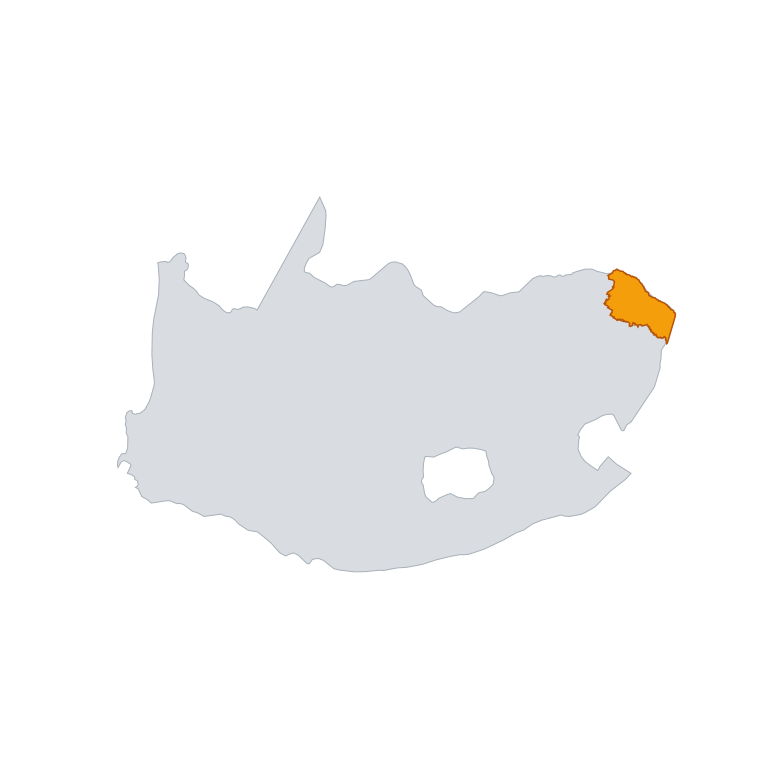 Vhembe, Limpopo, South Africa (highlighted), rotated 33°
{"feature_id": "47623444B95982048670815", "entity_name": "Vhembe", "entity_type": "district", "adm_level": 2, "iso_a3": "ZAF", "parent_name": "South Africa", "parent_adm1": "Limpopo", "projection": "albers", "projection_center": [30.242, -22.781], "detail": "fine", "context": "in_parent", "style": "filled", "palette": "amber", "viewbox_px": 768, "rotation_deg": 33, "n_neighbors": 0, "source": "geoboundaries", "source_scale": "gbopen_adm2", "svg_char_len": 9317}
<svg xmlns="http://www.w3.org/2000/svg" viewBox="0 0 768 768"><g transform="rotate(33 384 384)"><path d="M520.2,160.6L537.6,158.2L545.4,159.5L554.8,163.2L563.6,164.6L578.4,163.3L583.6,163.9L587.6,165.2L590.5,167.3L594.7,182.2L598.2,198.2L598.1,203.4L598.6,205.4L602.7,212.2L604.3,216.4L606.7,219.9L611.8,237.0L612.4,240.0L611.9,281.2L609.8,286.2L610.6,292.7L608.2,293.5L593.8,285.1L591.2,285.4L587.1,288.4L583.3,293.2L581.6,297.3L574.2,308.4L573.7,315.5L574.3,321.5L576.7,321.7L578.4,326.1L582.3,333.0L588.9,337.5L595.0,339.5L603.6,340.1L610.4,340.1L610.0,335.4L611.7,322.9L623.0,324.6L639.8,324.4L638.5,332.5L632.1,350.9L628.0,371.7L622.9,382.0L620.0,386.3L611.9,393.9L607.6,396.4L604.1,397.2L590.3,412.5L585.1,419.9L580.5,430.7L576.0,436.6L569.4,449.3L557.9,468.0L548.2,480.2L543.9,483.8L541.1,485.4L533.4,492.6L522.7,504.0L514.6,514.2L502.4,525.8L495.4,530.9L484.9,540.9L482.0,542.4L470.2,551.8L461.7,557.5L448.0,564.3L442.6,566.2L429.4,564.9L423.9,566.0L419.5,570.0L419.2,575.6L417.3,576.5L405.2,574.3L400.2,574.9L397.4,578.0L395.2,581.8L388.3,582.3L375.9,578.9L361.3,577.1L358.0,577.0L351.1,580.2L348.7,580.7L338.5,580.6L332.7,579.1L327.3,579.3L323.2,581.1L318.2,581.9L305.2,593.1L298.2,593.5L292.3,595.1L281.5,594.3L278.3,595.2L275.3,597.2L268.1,598.5L265.3,600.2L253.7,610.6L248.6,609.9L242.2,610.3L234.7,605.7L231.9,606.2L232.6,604.7L232.6,602.0L229.8,599.4L227.0,599.8L225.3,597.6L221.0,597.7L217.4,598.7L216.1,589.9L214.3,589.2L210.0,589.3L207.9,589.8L206.9,590.7L206.0,592.8L206.4,598.9L204.8,597.3L202.8,593.8L201.9,589.9L202.1,585.2L205.3,583.2L203.9,577.4L197.9,567.6L194.6,565.7L191.7,560.7L189.1,559.0L187.8,555.4L185.2,552.7L183.9,548.1L185.1,545.3L187.0,543.7L189.4,545.8L191.9,544.7L195.5,541.1L197.3,535.8L196.8,527.6L195.8,522.6L191.7,509.7L190.0,506.8L182.4,497.9L173.4,485.9L161.6,466.9L155.7,455.3L146.2,431.7L138.5,418.6L129.3,406.5L128.2,405.7L129.3,404.1L133.3,400.7L135.2,399.7L136.3,400.0L137.2,399.1L138.0,397.0L138.3,392.4L139.9,387.4L141.5,385.2L145.2,383.5L148.3,385.1L149.7,386.7L150.4,389.0L151.7,390.0L153.8,389.7L155.4,391.0L156.5,393.9L156.5,396.0L155.4,397.4L155.7,399.1L157.4,401.2L159.4,405.7L167.4,407.5L171.8,407.5L176.1,408.3L180.2,410.1L186.7,410.1L195.6,408.3L203.0,408.2L208.9,409.8L213.1,409.9L215.6,408.4L216.6,406.4L216.1,404.0L217.3,402.3L220.2,401.5L222.4,399.4L223.9,396.3L227.8,393.5L234.1,391.2L237.3,391.0L228.3,262.2L240.6,270.3L243.6,274.2L250.1,285.9L256.8,300.4L258.2,307.6L258.1,309.2L252.8,319.3L252.9,324.1L253.9,329.8L255.5,332.5L257.3,333.3L261.3,331.6L267.7,332.7L279.7,331.3L285.8,331.7L287.3,331.2L288.6,329.9L290.0,326.4L291.3,325.2L296.8,323.4L299.2,321.3L302.9,314.4L314.4,304.8L315.6,302.5L322.1,280.6L324.3,277.4L327.6,275.2L334.1,273.3L338.1,274.0L342.4,275.6L347.3,278.6L354.6,284.1L357.1,284.9L364.2,284.9L368.7,288.5L382.1,290.7L385.9,290.4L389.9,288.1L396.7,288.0L404.0,286.3L408.3,282.3L416.2,258.5L417.0,253.2L417.9,251.8L424.8,248.9L433.3,246.7L435.0,245.5L440.2,238.8L447.0,233.2L451.5,214.2L454.6,209.7L456.5,207.7L457.8,207.7L459.5,206.5L461.8,204.1L464.6,202.6L467.8,202.0L469.8,200.4L470.7,197.9L472.4,196.6L474.7,196.7L476.1,195.8L476.4,194.1L481.6,190.0L481.7,188.3L484.6,184.3L490.4,177.9L496.0,174.3L501.2,173.5L510.8,170.1L514.3,167.1L516.4,163.0L520.2,160.6ZM507.1,438.9L515.2,435.6L521.3,431.4L522.6,423.8L527.2,419.1L528.9,414.7L530.1,408.7L527.3,402.4L523.5,400.6L516.5,395.2L513.4,391.5L509.2,388.4L506.2,384.8L501.4,386.0L494.0,389.1L489.5,391.9L485.7,395.3L478.7,397.7L472.5,408.2L470.4,410.6L465.5,418.2L458.2,422.1L458.1,423.4L460.6,429.5L464.1,435.6L467.8,440.5L467.7,443.6L468.9,446.0L472.1,447.6L477.6,453.7L480.3,455.7L488.4,457.0L489.6,456.6L491.7,452.9L492.0,450.3L497.3,442.1L499.6,439.6L507.1,438.9Z" fill="#d9dde1" stroke="#a8b0b8" stroke-width="1"/><path d="M549.9,200.2L550.7,200.1L550.2,201.3L551.0,201.0L551.6,200.5L552.5,200.3L553.4,200.2L553.6,199.3L556.2,199.1L557.3,199.6L557.5,200.6L558.2,201.8L559.3,201.5L559.5,201.3L559.5,201.0L559.7,200.7L559.8,200.4L560.2,200.2L560.2,199.6L560.6,199.1L560.3,198.8L559.9,198.2L559.5,197.0L560.6,196.9L561.7,196.5L562.2,197.8L562.3,197.8L562.4,197.7L562.5,197.2L562.9,197.2L563.2,197.0L563.3,197.0L563.7,196.7L564.0,196.7L564.4,196.8L565.1,197.3L565.4,197.7L565.9,197.9L565.5,195.9L566.9,194.4L567.0,194.5L566.9,194.6L567.2,194.5L567.4,194.6L567.7,194.5L567.8,194.7L568.2,194.6L568.2,194.4L568.4,194.4L568.5,194.3L568.8,194.3L569.0,194.6L569.8,193.8L572.2,190.8L572.4,190.9L572.6,191.1L573.1,191.3L573.3,191.3L573.4,191.6L573.5,191.5L573.6,191.4L573.8,191.4L574.0,191.4L574.4,191.5L574.7,191.9L574.8,191.8L575.0,191.8L575.1,191.6L575.6,191.6L575.6,191.8L575.9,192.1L575.7,192.2L575.6,192.4L576.0,192.6L576.4,192.6L576.5,192.8L576.6,192.7L576.9,192.6L577.0,192.7L577.1,193.3L577.1,193.5L577.3,193.5L577.6,193.4L577.7,193.1L577.8,193.1L578.0,193.3L578.2,193.5L578.5,193.2L579.2,194.6L579.3,194.5L579.3,194.1L579.6,194.1L579.8,194.3L580.0,194.4L580.4,194.2L580.8,194.5L581.0,194.4L581.5,194.3L581.8,194.5L581.7,194.8L581.8,195.1L582.2,195.2L582.3,195.1L582.2,194.7L582.4,194.5L582.5,194.6L582.7,194.4L582.8,194.5L582.9,194.8L583.0,194.9L583.0,195.0L583.5,195.3L583.7,195.7L583.8,195.7L583.9,195.8L584.1,195.5L584.1,195.3L584.1,195.2L584.4,195.2L584.5,195.0L584.6,194.7L584.8,194.6L584.9,194.4L585.1,194.3L585.3,194.5L585.2,194.6L585.3,194.7L585.5,194.7L585.8,194.7L585.9,194.8L585.7,194.9L585.8,195.1L586.1,194.9L586.3,195.0L586.3,195.5L586.8,195.5L587.1,195.6L587.4,195.7L587.7,196.0L587.9,196.1L588.0,196.1L588.2,195.9L588.3,196.0L588.6,195.6L589.0,195.6L589.4,195.5L589.4,195.4L589.4,195.2L589.5,195.0L590.1,194.9L590.6,194.7L590.6,194.4L590.8,194.5L591.1,194.3L591.3,194.4L591.6,194.5L591.8,194.2L592.1,194.1L592.3,194.0L592.3,193.8L592.6,193.4L592.9,193.3L593.2,193.2L593.3,192.7L593.2,192.5L593.2,192.1L593.5,192.1L593.5,191.7L594.1,191.8L594.4,191.6L594.6,191.6L594.8,191.8L595.0,192.1L595.5,192.2L595.8,192.4L595.8,192.5L595.7,193.0L595.9,193.4L596.4,193.5L596.5,193.8L597.2,194.0L597.4,194.3L597.5,194.4L597.9,194.8L598.4,195.1L598.6,195.4L598.6,195.8L599.0,196.2L599.2,196.3L599.3,195.4L598.7,193.2L591.2,168.0L590.5,167.4L590.2,166.9L590.1,166.3L589.9,166.1L589.7,166.0L589.3,165.9L588.4,166.1L588.1,166.1L587.7,165.8L587.3,165.0L586.8,164.8L586.5,164.7L585.8,164.8L584.4,165.3L584.1,165.4L582.8,164.9L581.2,164.2L580.9,164.5L580.6,164.6L580.3,164.5L580.2,164.1L579.4,164.1L578.9,163.7L578.5,163.6L577.9,163.5L577.3,163.8L576.9,163.6L575.8,163.3L574.5,163.6L573.8,163.7L573.4,163.7L573.0,163.9L572.4,163.9L571.7,164.2L570.4,164.0L570.2,164.0L569.9,164.1L569.4,164.7L569.2,164.9L568.9,164.8L568.4,164.4L568.0,164.3L567.5,164.2L567.1,164.3L566.8,164.6L566.6,164.7L565.5,164.4L565.1,164.4L564.5,164.1L564.1,164.2L563.3,164.7L563.0,164.8L561.6,165.1L561.0,165.4L560.4,165.3L559.5,165.3L558.9,165.2L558.4,165.5L558.0,165.5L557.8,165.5L557.5,165.2L557.3,164.9L557.0,164.3L556.7,164.0L556.4,163.9L556.3,163.6L556.1,163.4L554.9,163.4L553.7,163.6L552.9,163.9L552.7,163.9L551.9,163.1L551.1,162.7L550.5,162.1L550.2,162.0L549.6,162.0L549.4,161.9L549.2,161.6L549.2,161.2L548.6,161.1L548.0,160.9L547.6,160.9L547.3,160.5L546.2,159.7L545.8,159.7L545.0,159.9L544.8,159.9L544.6,159.7L544.0,159.2L543.1,159.2L542.2,158.8L542.0,158.6L541.2,158.0L539.8,158.0L539.3,158.1L538.8,157.9L538.5,157.8L537.9,157.9L537.6,157.5L537.4,157.4L536.9,157.7L536.4,157.8L536.2,158.0L536.1,158.4L535.9,158.5L535.6,158.5L535.1,158.1L534.9,158.0L534.7,158.1L534.3,158.3L533.5,158.4L533.4,158.6L533.4,159.0L533.2,159.3L532.6,159.3L531.5,158.9L531.1,158.9L529.6,159.2L529.3,159.3L529.2,159.5L528.5,159.8L527.8,160.1L527.5,160.1L527.4,159.9L527.1,160.2L526.9,160.3L526.6,160.1L526.5,159.7L526.4,159.7L526.0,159.7L525.7,159.6L525.2,159.6L525.0,159.9L524.8,159.9L524.6,159.8L524.4,159.9L523.7,159.5L523.1,159.4L522.9,159.5L522.2,159.7L521.9,159.9L521.7,160.2L521.4,160.4L520.9,160.7L520.6,160.7L520.3,160.7L519.9,160.7L519.5,160.6L518.6,160.9L518.3,160.8L517.6,160.9L517.2,160.8L516.9,161.2L516.6,161.1L516.5,161.3L516.4,161.5L516.4,162.2L516.1,162.4L516.1,162.8L515.9,163.0L515.4,163.2L515.3,163.4L515.2,163.8L514.9,164.0L514.8,164.8L514.8,165.4L515.0,165.8L515.1,166.1L515.1,166.4L514.5,167.4L514.4,167.8L514.2,168.2L514.2,168.4L513.6,169.1L513.4,169.7L513.4,170.5L513.0,170.5L513.0,171.1L512.9,171.2L513.9,171.5L514.8,172.9L515.4,173.6L516.5,173.3L517.3,172.8L518.1,172.5L519.6,172.1L521.5,172.6L521.8,173.4L522.6,175.0L522.9,176.5L523.9,177.3L522.8,178.2L524.1,179.0L523.4,181.5L523.1,182.1L522.9,182.6L522.4,183.7L521.9,184.8L521.6,185.4L522.1,187.4L523.3,186.8L524.2,186.2L524.5,187.0L524.6,188.1L525.7,187.4L525.4,188.4L526.2,190.2L526.3,190.9L525.1,191.4L525.4,192.4L524.4,192.1L524.9,194.3L525.1,194.3L524.8,195.3L525.8,195.5L524.9,196.7L526.5,197.2L527.9,196.7L530.5,197.0L530.1,198.2L531.9,198.0L533.6,198.0L534.4,197.8L535.4,197.7L535.4,198.6L535.6,198.8L536.3,199.6L536.4,199.8L536.1,200.1L536.1,200.4L535.7,201.4L536.1,201.8L536.3,202.0L536.1,202.5L536.1,203.1L536.3,203.3L536.6,203.2L536.9,202.4L538.3,202.9L539.3,203.1L540.3,202.5L540.3,203.6L541.1,203.4L542.5,203.3L543.5,203.4L544.4,203.6L544.7,202.5L545.2,203.0L545.3,202.6L545.4,202.4L545.5,202.4L545.9,202.5L546.3,202.4L546.4,202.2L546.4,201.6L546.5,201.3L547.0,201.8L547.3,201.8L547.5,201.5L547.8,201.7L548.1,201.7L548.3,201.5L548.3,200.8L548.6,200.1L549.9,200.2Z" fill="#f59e0b" stroke="#b45309" stroke-width="1.5"/></g></svg>